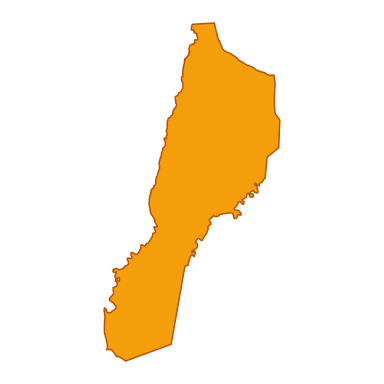 La Jigua, Copán, Honduras (Equal Earth projection)
{"feature_id": "27666195B73111216600935", "entity_name": "La Jigua", "entity_type": "district", "adm_level": 2, "iso_a3": "HND", "parent_name": "Honduras", "parent_adm1": "Copán", "projection": "equal_earth", "projection_center": [-88.775, 15.106], "detail": "fine", "context": "isolated", "style": "filled", "palette": "amber", "viewbox_px": 384, "rotation_deg": 0, "n_neighbors": 0, "source": "geoboundaries", "source_scale": "gbopen_adm2", "svg_char_len": 6012}
<svg xmlns="http://www.w3.org/2000/svg" viewBox="0 0 384 384"><path d="M125.6,361.0L171.1,344.3L184.9,266.3L188.2,265.1L188.4,262.9L190.1,257.4L191.2,255.4L191.7,255.0L192.2,255.0L193.0,255.5L193.8,256.5L194.2,256.6L194.4,256.4L194.6,255.3L195.3,253.2L195.3,252.4L195.1,251.8L194.6,251.5L193.9,251.5L192.3,252.7L191.7,252.4L191.5,251.9L191.9,251.1L192.8,250.2L194.2,249.9L195.8,248.8L196.6,248.0L197.3,246.9L197.6,245.8L197.4,244.7L197.1,243.6L196.3,242.8L196.0,242.4L195.9,241.5L196.0,240.7L197.9,238.6L198.4,238.4L199.1,238.6L201.3,240.5L202.0,240.4L202.5,239.9L203.6,237.6L206.7,233.1L207.2,231.5L208.1,229.2L208.2,228.2L207.9,227.1L208.2,226.3L210.8,224.2L211.0,223.9L211.0,223.2L209.4,220.6L209.3,220.2L209.3,219.7L211.0,218.4L213.3,215.7L213.9,215.6L214.5,216.3L214.9,216.4L217.2,216.5L218.5,215.9L219.9,214.6L221.2,214.1L224.5,213.7L228.3,213.0L231.5,212.8L232.3,213.1L232.8,213.8L233.3,215.1L233.9,218.0L234.3,218.5L234.8,218.6L235.9,218.4L236.8,217.8L237.1,217.2L237.3,215.9L238.0,214.6L240.2,215.2L240.7,215.1L241.0,214.5L241.1,213.7L240.9,213.1L240.4,212.4L238.3,210.4L235.4,210.1L234.8,209.9L234.4,209.5L234.2,209.0L234.2,208.5L234.4,208.1L234.9,207.5L236.0,206.7L237.1,205.4L237.6,204.4L238.2,202.4L238.7,201.9L239.5,201.7L240.6,202.0L241.3,202.7L242.6,204.3L243.0,204.4L243.4,204.2L243.8,203.2L244.0,201.6L242.6,200.7L242.3,200.2L242.2,199.7L244.2,198.7L246.2,197.2L246.6,196.4L247.1,193.7L247.9,193.4L248.6,193.3L249.0,194.1L249.6,196.0L250.0,196.8L250.7,197.1L251.9,197.1L252.7,197.0L253.2,196.6L253.5,195.7L253.4,194.8L253.2,194.3L252.8,194.0L250.5,193.9L250.4,193.4L250.4,192.8L250.6,192.1L250.9,191.8L252.5,190.9L253.5,190.7L254.7,192.5L255.4,192.5L257.0,193.0L257.6,192.8L257.8,192.0L257.9,191.0L257.5,188.8L256.5,186.1L254.9,184.7L254.6,184.1L254.7,183.6L255.1,183.2L255.7,183.3L257.2,185.2L258.2,185.8L259.0,185.8L259.4,185.3L259.2,184.4L259.5,183.6L262.2,181.9L263.5,180.1L264.4,178.5L265.1,178.1L267.1,157.2L278.7,147.8L279.8,120.1L275.0,113.3L274.3,103.1L274.4,95.2L275.1,84.3L274.4,77.7L273.8,75.1L270.6,75.2L268.7,75.1L266.5,74.0L264.5,72.6L261.2,71.9L256.7,70.3L252.6,67.2L250.5,66.2L247.8,65.4L246.0,64.6L240.9,61.3L239.9,61.0L236.3,57.4L231.1,54.0L228.5,52.6L227.2,52.3L226.1,51.9L224.4,50.6L223.1,49.3L221.8,47.5L221.8,47.1L221.6,46.4L219.8,42.0L217.7,37.6L217.1,34.5L215.4,28.2L214.4,23.0L192.4,24.3L191.6,26.4L191.3,28.4L191.3,29.2L191.4,29.8L191.7,30.1L192.2,30.2L193.2,30.1L193.6,29.8L194.2,30.9L193.9,31.9L194.6,32.2L194.8,33.2L196.9,33.6L197.0,34.0L196.9,34.8L196.8,35.9L197.7,37.8L197.8,39.0L197.5,39.6L196.8,40.0L195.9,40.0L195.0,39.7L194.7,39.9L195.0,42.0L194.8,42.4L193.6,43.5L193.9,43.9L193.9,44.3L191.3,44.5L190.7,44.8L190.1,45.4L189.4,47.1L188.9,49.2L188.9,49.8L189.6,52.1L189.3,52.8L189.0,52.6L188.8,52.7L189.2,53.8L189.1,54.3L188.6,54.6L187.9,55.8L186.0,58.2L185.6,59.0L185.3,60.1L184.7,59.2L184.6,59.4L184.4,62.1L184.2,64.0L182.9,69.2L182.9,70.2L182.7,74.1L182.7,74.8L182.9,75.1L182.9,76.4L181.8,76.7L181.6,76.9L181.5,77.4L181.6,79.4L181.8,81.1L182.7,82.8L183.0,84.0L183.0,85.3L182.6,86.5L182.7,88.4L181.5,90.3L181.2,91.2L180.8,91.9L178.8,92.7L178.3,93.5L178.2,94.7L177.8,95.3L176.7,96.0L175.7,96.4L175.4,96.6L175.3,97.8L175.7,102.1L176.0,103.4L176.6,104.5L176.5,105.6L175.6,107.4L174.4,108.7L173.6,109.9L173.2,111.0L172.6,114.2L172.3,114.7L171.9,115.3L171.2,115.7L170.3,117.2L168.5,118.1L167.8,119.9L167.2,122.1L167.2,128.1L166.5,129.8L166.3,131.1L166.4,132.0L167.0,133.0L167.2,134.0L166.2,136.4L166.5,138.5L166.3,138.8L166.0,138.9L164.5,138.0L164.2,138.3L164.1,138.9L164.2,139.6L165.2,141.8L165.3,142.4L165.5,143.7L165.4,145.2L164.8,146.3L162.8,148.3L162.7,150.5L161.7,152.4L161.1,156.3L159.9,159.3L159.3,162.1L159.1,163.6L159.2,164.4L159.6,165.2L159.4,166.4L159.5,168.8L158.5,171.0L157.3,175.6L156.5,176.7L156.2,178.8L155.9,179.8L155.5,184.5L155.2,185.0L153.7,186.2L153.9,187.3L153.7,187.9L153.3,188.2L152.2,188.7L151.7,189.8L150.9,190.3L150.9,190.9L151.3,192.3L150.4,193.0L150.6,193.7L150.6,194.6L149.6,196.0L149.7,197.6L149.2,199.3L149.4,201.5L148.9,202.6L149.3,204.8L149.3,205.9L150.0,208.1L150.0,209.8L150.3,211.8L151.3,214.3L153.0,216.7L154.4,219.0L154.7,219.9L154.8,221.5L155.1,222.5L156.9,225.5L157.3,226.4L157.2,226.7L155.4,227.0L154.3,226.8L154.0,227.1L154.0,227.5L154.5,228.5L154.9,229.4L155.5,231.7L155.5,232.3L154.4,233.2L153.4,233.0L153.1,233.1L152.9,233.7L152.6,235.2L151.8,237.5L148.2,243.0L147.6,243.4L146.6,243.5L145.6,245.0L144.7,245.8L143.6,245.8L142.2,244.7L141.5,244.7L141.1,245.0L140.9,245.6L140.9,247.2L140.5,249.3L139.7,250.4L138.4,253.0L137.7,253.7L136.9,254.3L136.0,254.4L134.8,254.1L133.7,253.1L132.8,252.7L131.7,252.5L131.1,252.8L130.9,253.3L130.9,253.8L131.2,255.4L131.8,257.1L131.8,257.8L131.7,258.1L131.0,258.5L128.1,258.0L127.6,258.2L127.3,258.6L127.4,259.6L128.3,261.9L128.5,262.8L128.4,263.9L127.9,264.8L126.4,265.7L125.0,266.0L123.1,268.4L121.4,269.2L119.8,269.7L119.2,269.7L118.3,269.4L117.0,268.6L116.2,268.4L114.8,269.1L113.5,269.4L113.1,269.8L112.9,270.2L113.0,271.3L113.6,272.4L116.3,272.0L116.1,272.9L115.2,274.8L114.9,276.1L115.0,276.9L115.5,277.9L116.1,278.6L116.4,278.7L117.5,278.2L118.4,277.6L118.8,277.5L119.2,277.9L119.5,278.6L119.6,280.2L119.2,281.0L118.5,281.3L117.8,280.9L117.4,279.7L117.0,279.2L116.3,279.1L115.7,279.6L115.5,280.2L115.6,280.9L116.0,281.6L116.7,282.4L117.1,283.6L117.1,284.5L117.0,285.3L116.6,286.0L116.0,286.5L113.0,287.8L113.2,290.4L113.6,292.6L113.5,293.7L112.9,294.8L111.3,296.3L109.9,298.0L109.5,298.7L109.3,299.5L109.4,299.9L109.8,300.4L112.7,302.5L114.5,304.3L115.9,306.1L116.1,306.7L116.2,307.2L115.6,308.4L114.4,309.9L113.1,310.5L111.9,311.7L111.3,312.2L109.1,312.7L107.8,312.6L107.0,312.2L106.7,311.6L106.5,310.2L106.1,309.3L104.9,307.9L104.6,307.9L104.4,308.2L104.2,309.1L104.2,310.4L104.5,313.6L105.0,317.1L104.6,319.9L104.5,322.2L104.4,327.4L104.4,332.7L106.7,341.4L107.3,345.0L107.4,346.7L107.0,349.5L107.7,349.0L108.7,349.5L110.7,349.6L112.1,350.2L112.5,350.6L114.2,352.9L115.9,355.9L116.5,356.4L119.7,357.0L125.6,361.0Z" fill="#f59e0b" stroke="#b45309" stroke-width="1.5"/></svg>